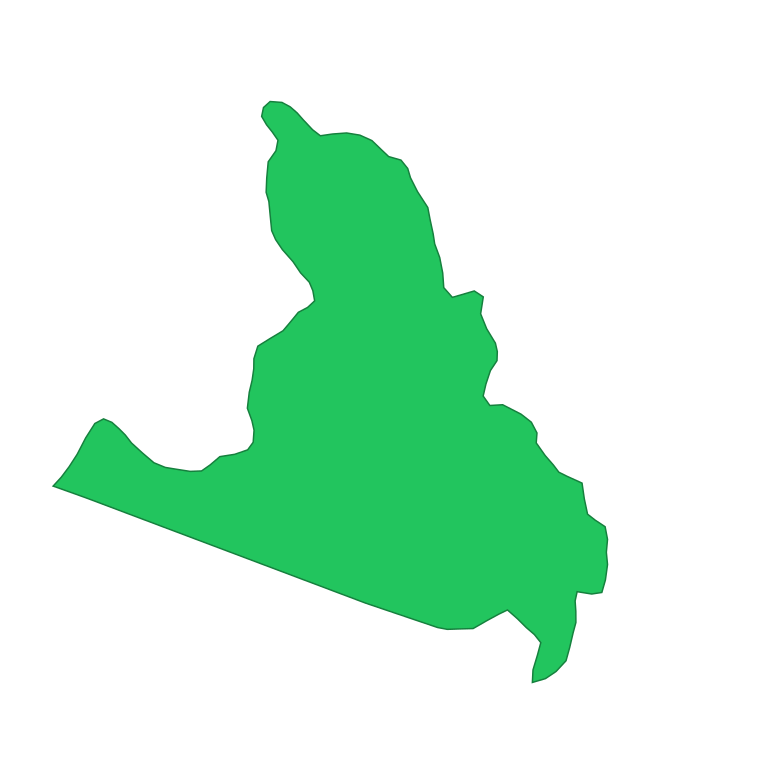 the district of Cipó, Bahia, Brazil, rotated 20°
{"feature_id": "56859067B81796628868211", "entity_name": "Cipó", "entity_type": "district", "adm_level": 2, "iso_a3": "BRA", "parent_name": "Brazil", "parent_adm1": "Bahia", "projection": "albers", "projection_center": [-38.527, -11.094], "detail": "fine", "context": "isolated", "style": "filled", "palette": "green", "viewbox_px": 768, "rotation_deg": 20, "n_neighbors": 0, "source": "geoboundaries", "source_scale": "gbopen_adm2", "svg_char_len": 1814}
<svg xmlns="http://www.w3.org/2000/svg" viewBox="0 0 768 768"><g transform="rotate(20 384 384)"><path d="M289.4,159.4L276.2,158.4L263.0,160.9L250.1,166.7L239.3,172.5L229.9,169.5L217.6,163.3L209.7,159.0L201.2,155.7L191.8,154.3L180.4,157.5L176.2,165.4L177.5,174.4L185.0,180.6L192.8,185.4L201.0,191.2L202.7,201.7L199.2,214.8L203.4,230.7L207.7,244.2L213.4,251.9L219.1,263.9L226.0,278.3L232.8,285.4L242.6,292.5L256.7,300.2L267.6,308.1L279.0,313.9L285.2,320.6L290.4,329.6L286.0,338.2L279.0,345.9L275.3,356.5L270.9,368.5L261.5,380.1L252.5,391.6L253.1,404.7L256.4,414.2L258.8,425.6L260.2,437.8L263.9,453.5L272.4,463.6L277.7,471.9L281.0,483.5L278.4,492.5L267.8,501.1L254.6,508.4L248.3,519.5L242.3,528.1L231.8,532.4L217.6,535.2L207.0,537.2L194.7,536.7L180.5,531.4L166.9,525.8L158.3,520.4L150.4,516.7L141.4,513.1L132.4,512.7L125.8,520.0L122.1,536.7L119.7,555.1L116.4,569.5L112.6,582.0L108.0,593.1L142.3,592.9L442.1,596.2L517.6,594.5L527.4,592.9L537.8,588.7L551.4,583.3L561.5,571.3L570.4,561.2L577.3,554.1L589.8,559.0L601.0,564.2L611.0,568.0L619.8,573.4L620.9,586.1L621.8,601.7L625.5,613.7L636.5,605.6L644.0,595.3L649.7,581.8L648.6,568.0L646.8,553.0L645.9,542.5L642.0,532.0L637.8,522.5L636.5,513.1L651.0,510.3L660.0,505.4L659.1,492.5L655.8,477.2L650.5,466.1L647.2,453.6L640.6,442.5L629.0,439.7L619.8,436.7L611.5,423.4L604.0,409.4L587.3,408.1L578.5,407.1L570.9,402.2L559.9,396.1L547.2,387.3L544.5,377.7L535.5,369.5L523.2,365.5L512.9,364.2L502.6,362.9L490.8,368.0L481.3,361.4L479.8,349.2L479.4,335.0L482.2,323.4L479.4,314.8L474.7,307.5L461.6,297.0L450.8,285.0L447.5,268.2L437.0,265.7L418.6,279.2L407.2,273.0L401.2,259.6L393.1,246.1L383.7,235.0L378.9,226.2L370.8,213.3L364.8,203.2L349.7,191.8L338.3,181.1L332.6,173.4L323.4,167.8L310.6,168.7L301.6,164.8L289.4,159.4Z" fill="#22c55e" stroke="#15803d" stroke-width="1.5"/></g></svg>